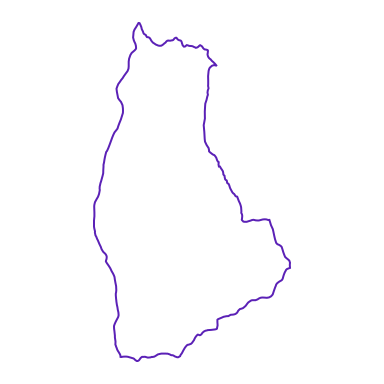 Cabrera, Santander, Colombia (Robinson projection)
{"feature_id": "7082276B49425072231481", "entity_name": "Cabrera", "entity_type": "district", "adm_level": 2, "iso_a3": "COL", "parent_name": "Colombia", "parent_adm1": "Santander", "projection": "robinson", "projection_center": [-73.249, 6.569], "detail": "fine", "context": "isolated", "style": "outline", "palette": "violet", "viewbox_px": 384, "rotation_deg": 0, "n_neighbors": 0, "source": "geoboundaries", "source_scale": "gbopen_adm2", "svg_char_len": 5945}
<svg xmlns="http://www.w3.org/2000/svg" viewBox="0 0 384 384"><path d="M138.5,23.0L136.3,26.8L134.5,29.6L133.6,31.9L133.4,34.2L133.1,37.5L133.8,40.3L134.5,42.0L135.3,43.6L135.9,45.8L136.1,48.2L135.7,49.2L134.6,50.4L131.7,52.9L130.4,55.0L129.1,58.7L128.7,61.6L128.7,63.8L128.7,66.3L128.5,68.6L127.6,71.0L125.7,73.6L123.9,76.1L122.6,78.2L121.2,79.9L119.7,82.1L118.3,84.0L117.3,86.4L116.5,88.7L116.9,91.9L118.1,98.1L119.5,100.1L121.0,101.9L122.5,105.2L122.9,108.2L123.0,110.8L122.9,113.0L120.9,119.4L119.3,123.3L118.2,126.3L117.5,128.6L116.2,130.3L114.5,132.4L113.4,134.7L112.2,137.6L111.3,140.1L109.8,144.2L108.4,147.9L107.1,150.8L106.2,152.0L105.5,154.7L104.9,157.3L104.4,160.0L104.0,162.6L103.5,164.8L103.5,166.6L103.3,169.9L103.2,173.3L102.6,175.8L101.0,181.6L100.5,183.0L99.7,186.6L99.6,188.8L99.8,190.0L99.4,192.1L99.0,194.1L98.0,196.8L96.7,199.0L95.0,202.1L94.6,203.7L94.3,205.1L94.2,206.6L94.4,212.5L94.4,216.3L94.0,220.5L94.0,223.5L94.0,226.6L94.3,228.5L95.0,231.4L94.9,232.6L95.5,235.4L96.3,236.8L97.1,238.9L97.8,240.2L99.4,244.0L100.8,246.9L101.0,247.5L101.6,249.2L103.1,251.7L104.1,252.7L105.0,253.5L105.6,254.2L106.0,254.8L106.4,255.6L106.7,256.6L106.7,257.5L106.5,259.1L106.0,260.5L105.9,261.5L106.9,263.2L107.9,264.6L109.0,266.2L110.3,268.3L111.6,271.1L113.0,273.5L114.0,275.6L114.5,277.0L114.8,279.2L115.4,282.6L116.1,286.1L116.2,288.2L116.3,290.1L116.1,292.2L115.8,293.6L115.8,295.3L116.1,298.9L116.3,300.4L116.4,301.6L116.9,304.9L117.4,307.1L117.8,309.8L118.4,312.4L118.6,315.1L118.4,316.2L118.1,317.2L116.4,320.4L115.5,322.2L114.7,324.0L114.3,325.1L114.0,326.1L114.1,328.9L114.4,330.9L114.9,335.7L114.9,337.4L115.5,341.5L115.4,344.7L115.8,345.5L116.0,346.4L116.6,347.8L117.1,349.3L117.7,350.6L118.5,351.8L119.8,354.0L120.4,355.4L120.5,356.6L120.5,356.9L120.9,357.0L121.4,357.0L122.0,356.9L122.9,356.7L124.9,356.6L126.2,356.6L127.9,356.8L129.6,357.3L131.0,357.7L132.3,358.1L133.4,358.4L134.2,358.9L134.8,359.6L135.8,360.4L136.8,361.0L137.7,361.0L138.3,360.7L138.8,360.4L139.2,360.0L140.7,357.9L142.0,356.9L145.1,356.8L147.8,357.6L150.4,357.4L151.9,356.9L152.7,357.0L153.4,356.8L154.4,356.6L155.4,356.0L155.9,355.7L157.9,354.4L159.9,353.9L161.5,353.6L164.2,353.6L165.5,353.6L167.7,353.7L169.8,354.4L170.6,354.9L171.4,355.2L172.3,355.2L173.1,355.4L173.6,355.6L174.8,356.4L177.0,357.2L178.0,357.3L178.7,357.0L179.5,356.5L180.1,356.2L180.3,355.6L180.8,354.6L181.4,353.9L182.0,353.0L183.4,350.3L184.8,347.9L185.6,346.8L186.9,345.3L187.7,344.8L188.6,344.7L190.0,344.2L190.9,343.9L192.0,342.9L194.0,340.1L194.6,338.7L195.3,337.4L196.5,335.8L197.6,334.7L198.2,334.7L199.7,335.2L200.3,335.1L201.4,334.3L202.5,332.7L204.2,331.3L205.5,330.7L207.0,330.4L207.8,330.1L209.7,330.0L211.2,329.9L215.2,329.4L216.6,329.0L217.0,328.5L217.1,327.6L217.3,326.8L217.6,325.3L217.5,323.7L217.4,322.1L217.4,319.8L218.0,319.2L221.6,317.7L223.6,316.8L226.4,316.2L228.4,316.1L230.6,314.8L233.1,314.6L234.5,314.3L235.6,313.9L237.2,312.6L238.1,310.9L238.8,310.1L240.0,309.0L241.4,308.7L243.0,308.1L244.6,306.8L245.7,305.8L247.3,303.6L248.3,302.4L249.9,301.3L251.3,300.4L252.4,300.2L255.5,300.2L257.6,299.4L258.7,298.6L260.4,297.8L262.2,297.5L264.3,297.6L266.9,297.8L269.1,297.4L271.1,296.3L272.7,294.5L274.2,290.0L275.2,287.2L275.7,286.1L276.2,284.5L277.1,283.3L278.7,282.0L280.3,281.0L281.1,280.6L282.0,279.9L282.7,278.7L283.5,275.8L284.0,274.3L284.8,272.3L285.6,270.9L286.0,270.0L286.9,269.1L288.6,268.4L290.0,267.9L289.8,264.9L290.0,262.7L289.3,260.6L288.0,259.4L286.6,258.3L285.1,256.9L284.2,254.7L283.3,252.2L282.5,249.5L281.7,247.0L280.7,245.9L279.1,244.9L277.4,244.2L276.2,242.9L275.0,239.1L274.3,236.1L273.3,231.3L272.8,229.1L271.0,225.2L269.4,219.9L268.2,220.0L266.3,219.4L264.3,219.3L262.6,219.5L258.8,220.5L256.0,220.4L253.5,219.8L252.1,220.0L250.6,220.6L248.6,221.2L246.7,221.8L244.6,221.8L243.4,221.6L242.6,220.8L241.9,220.0L241.8,219.4L242.0,218.7L242.2,216.7L242.2,215.5L242.0,214.4L241.6,213.5L241.3,213.0L241.3,212.3L241.4,211.2L241.1,207.2L240.7,205.6L240.0,203.5L238.8,201.0L238.2,199.4L237.2,196.7L235.6,196.2L234.2,194.0L233.3,193.4L232.4,192.4L230.5,188.9L230.0,187.8L229.2,185.2L228.5,183.8L227.4,183.2L227.0,182.2L226.9,181.0L226.6,180.4L226.1,180.2L225.2,179.4L224.8,177.8L224.6,176.6L224.5,175.7L223.7,175.0L223.3,174.2L223.3,173.4L223.1,172.3L222.9,171.3L221.8,169.5L221.2,168.7L220.6,167.7L220.2,167.0L219.9,166.5L218.9,166.5L218.5,164.4L218.7,162.6L218.6,162.0L217.9,161.6L217.1,160.2L216.2,157.6L215.1,156.0L214.3,155.1L213.4,154.8L212.3,154.1L210.0,152.3L209.1,151.4L209.0,150.0L208.6,148.1L206.6,145.0L205.0,141.6L204.7,138.9L204.3,131.8L203.7,125.2L204.9,118.6L204.8,111.5L205.1,106.2L205.3,103.6L206.5,100.0L207.3,96.5L207.9,94.8L207.5,92.6L207.8,90.4L208.5,88.5L208.4,87.5L208.1,86.0L208.2,84.1L208.2,80.9L208.1,76.1L208.6,70.9L209.1,69.1L209.8,67.7L211.9,65.8L213.6,65.2L214.7,65.2L216.1,65.6L216.3,65.4L215.0,63.8L213.4,62.2L211.9,60.9L211.3,60.2L210.6,59.3L209.7,58.7L209.1,58.1L208.7,57.6L208.1,56.6L207.7,55.3L207.5,54.1L207.8,53.0L207.8,51.8L208.0,51.0L207.8,50.3L207.4,50.0L206.4,49.7L205.5,49.5L204.6,49.4L203.9,48.9L203.2,48.2L202.8,47.5L201.8,46.2L201.2,45.8L200.1,45.2L198.9,46.1L198.4,46.7L197.3,47.4L196.4,47.7L195.7,47.8L195.1,47.4L193.8,46.9L192.7,46.3L191.9,46.1L190.9,46.0L189.2,45.9L187.9,45.4L186.8,45.1L186.1,45.6L185.6,46.1L184.8,46.6L183.8,46.6L182.6,45.2L182.4,44.3L182.0,43.5L181.8,42.4L181.3,41.2L180.7,40.6L180.1,40.4L179.3,40.3L177.8,39.5L177.1,38.7L176.7,38.0L176.2,37.7L175.5,37.8L174.5,38.4L173.8,39.3L173.3,39.9L172.5,40.3L171.5,40.4L170.7,40.6L170.0,40.7L168.8,40.7L168.2,40.5L167.2,40.8L166.2,41.6L165.6,42.5L164.2,43.5L163.5,44.2L162.3,45.1L161.2,45.7L159.8,45.8L158.3,45.6L157.4,45.2L155.9,44.6L153.7,43.1L153.0,42.7L152.2,41.8L151.4,40.8L150.7,39.6L150.1,38.5L149.3,37.7L148.5,37.3L147.8,37.2L147.0,37.1L146.6,36.6L146.3,36.1L146.0,35.3L145.5,34.8L144.1,34.0L143.5,33.2L142.9,31.4L141.8,29.2L141.3,27.0L140.3,24.6L139.5,23.1L138.5,23.0Z" fill="none" stroke="#5b21b6" stroke-width="2"/></svg>